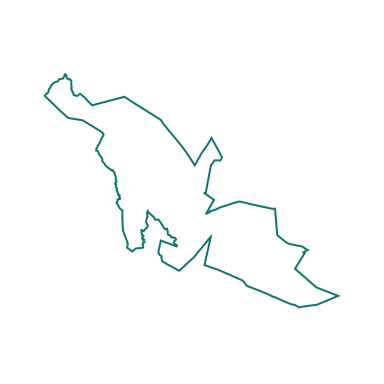 outline of San Lucas, Chiapas, Mexico, rotated 7°
{"feature_id": "50627088B14023395668353", "entity_name": "San Lucas", "entity_type": "district", "adm_level": 2, "iso_a3": "MEX", "parent_name": "Mexico", "parent_adm1": "Chiapas", "projection": "robinson", "projection_center": [-92.743, 16.628], "detail": "fine", "context": "isolated", "style": "outline", "palette": "teal", "viewbox_px": 384, "rotation_deg": 7, "n_neighbors": 0, "source": "geoboundaries", "source_scale": "gbopen_adm2", "svg_char_len": 5926}
<svg xmlns="http://www.w3.org/2000/svg" viewBox="0 0 384 384"><g transform="rotate(7 192 192)"><path d="M258.1,278.5L264.4,280.1L269.6,281.4L270.4,281.7L271.7,282.0L274.9,282.9L279.0,283.9L285.5,286.2L287.2,286.3L293.0,288.2L302.4,290.9L305.2,291.4L308.2,291.7L311.4,293.0L312.0,293.4L325.6,289.7L329.5,288.8L349.8,277.3L327.0,271.5L303.6,255.6L311.3,238.9L309.9,238.2L313.9,235.4L311.5,234.5L308.2,232.7L294.8,231.7L291.4,230.4L288.3,228.5L281.9,224.4L276.4,198.4L273.9,198.9L251.9,196.9L240.4,195.6L235.0,197.7L222.4,203.6L220.9,204.4L218.3,206.2L217.2,206.8L212.2,209.0L212.3,209.8L209.3,211.4L208.8,211.5L214.8,197.1L204.5,191.6L205.8,190.6L207.5,163.6L210.5,157.9L213.5,157.4L216.0,157.4L216.9,156.1L217.6,153.9L210.6,144.0L204.8,136.0L201.0,144.7L199.6,146.9L197.4,151.3L196.1,153.7L195.3,156.3L193.9,158.8L192.7,162.7L191.3,165.1L188.9,162.1L180.7,152.4L174.4,145.9L162.1,134.4L154.7,127.3L152.7,124.5L150.5,123.4L124.3,111.1L113.8,106.0L113.4,105.7L82.4,118.1L79.0,115.6L74.5,111.7L69.0,108.1L66.5,110.5L66.1,110.7L65.8,110.7L64.9,110.3L63.5,110.3L63.3,110.2L62.6,110.0L62.4,109.8L62.4,109.4L62.3,109.1L62.3,108.7L62.2,108.3L61.8,107.7L61.2,107.4L61.1,106.7L60.9,106.3L60.4,105.8L60.0,105.1L59.6,104.0L59.8,102.5L59.3,101.0L59.0,99.6L58.7,96.8L58.4,96.1L58.0,95.7L57.5,95.3L56.7,94.8L56.4,95.2L56.1,95.3L55.5,95.1L55.3,94.7L55.1,94.6L54.5,94.6L53.7,94.0L53.3,92.5L52.5,90.8L52.0,90.6L51.6,90.6L51.4,90.8L51.3,91.0L51.2,91.4L51.3,91.8L51.3,92.3L51.0,92.8L50.8,93.3L50.6,93.6L50.6,94.3L50.3,94.8L49.9,95.2L49.5,95.3L49.3,95.4L48.1,95.7L47.4,95.8L46.8,96.1L46.1,96.6L45.6,98.2L45.2,98.8L44.0,99.1L43.5,99.3L42.2,100.1L41.9,100.6L41.1,101.1L40.7,101.2L40.4,101.4L40.2,101.8L40.1,102.3L39.7,103.0L39.3,103.3L38.9,104.1L38.9,104.6L38.8,105.4L37.9,106.6L37.7,107.2L37.4,108.1L37.3,108.7L37.3,110.4L37.0,110.8L36.8,111.2L36.2,111.6L36.1,111.8L35.6,112.0L35.4,112.3L35.1,112.6L34.6,113.5L34.4,114.0L34.2,114.3L34.3,114.7L39.5,118.5L50.7,127.1L60.1,133.6L74.9,134.2L94.7,143.3L97.2,145.3L97.0,146.8L96.5,147.9L96.4,148.3L96.0,149.4L95.7,150.0L95.4,150.5L95.3,150.9L95.2,152.0L94.8,152.9L94.6,153.3L94.3,154.3L94.2,155.2L93.7,156.4L93.3,156.8L92.8,157.4L92.6,158.4L92.6,158.9L92.4,159.5L92.2,160.1L91.8,160.6L91.8,161.7L92.0,162.6L92.6,162.5L93.2,162.7L93.6,162.9L94.0,163.3L94.2,163.8L94.6,164.9L94.6,165.3L95.3,166.0L95.8,166.4L96.2,166.9L97.9,168.6L98.1,169.1L98.5,169.7L98.8,170.0L99.1,170.4L99.0,170.9L98.9,171.2L98.9,171.5L99.1,171.8L99.4,172.2L99.8,173.1L100.2,173.4L101.1,173.9L101.3,174.2L101.9,174.8L102.2,175.1L102.5,175.7L103.2,176.3L104.1,177.1L105.0,177.9L105.5,178.1L106.6,178.5L107.5,179.0L108.2,179.3L108.9,180.1L109.5,180.5L109.8,180.4L110.0,180.3L110.1,180.0L110.5,179.9L110.7,180.1L111.0,180.7L111.1,181.0L111.9,181.4L112.5,181.9L112.9,183.0L112.9,183.5L113.1,184.0L113.6,184.9L114.2,185.5L114.6,186.9L114.8,187.8L114.6,188.1L114.6,188.6L114.8,189.1L115.3,189.4L115.7,190.8L115.7,191.4L115.5,191.8L115.1,192.1L114.9,192.2L114.6,192.4L114.6,192.9L114.7,193.2L114.9,193.5L115.6,193.9L115.8,194.3L115.7,196.1L116.0,196.5L116.9,197.3L117.1,197.6L117.2,198.1L117.0,198.8L116.9,199.1L116.9,199.6L117.0,199.8L117.5,200.0L117.9,200.2L118.0,200.5L118.2,201.1L118.2,201.6L118.9,202.9L118.8,203.2L118.9,203.7L119.2,203.9L120.2,203.8L120.6,204.0L120.7,204.3L120.7,204.6L120.6,204.8L120.4,205.0L120.3,205.4L120.4,206.0L121.3,206.7L121.5,207.1L121.4,207.4L121.2,207.6L121.0,207.8L120.4,208.0L119.7,208.1L119.3,208.4L119.1,208.6L119.0,208.9L119.0,209.5L119.3,210.6L119.1,211.1L118.4,211.5L118.5,212.0L118.8,212.5L119.0,212.7L122.3,217.0L125.2,219.1L126.1,227.3L128.3,238.8L134.6,251.0L134.5,253.5L134.4,253.9L134.4,254.6L134.5,255.2L139.9,258.4L142.7,255.4L143.3,254.8L149.9,253.4L150.2,252.8L150.3,252.2L149.7,251.0L149.4,249.3L149.4,248.9L149.6,248.5L149.8,248.1L150.6,247.8L151.0,247.8L151.1,247.4L150.9,247.1L150.1,246.7L149.7,246.2L149.7,245.7L150.0,245.4L150.3,245.1L150.2,244.9L149.8,244.6L149.4,244.5L148.9,244.5L148.6,244.5L148.1,244.3L148.1,243.8L148.2,243.3L148.4,242.6L148.8,242.3L149.2,241.9L149.1,241.4L148.7,241.1L148.3,241.1L147.8,240.9L147.5,240.3L147.2,239.7L146.9,238.3L146.7,237.1L146.5,236.6L146.3,236.0L146.6,235.9L147.2,236.3L148.5,236.7L149.0,236.5L149.3,236.0L149.5,235.5L149.7,234.9L150.0,234.5L150.3,234.3L150.7,234.1L150.9,233.8L151.0,233.2L152.0,232.4L152.1,232.2L152.2,231.1L152.2,230.4L152.1,230.1L151.8,229.7L151.3,229.4L150.9,228.7L150.2,227.7L150.0,227.2L150.3,223.9L150.7,222.5L150.9,222.0L150.7,221.7L150.3,218.8L150.1,218.4L149.9,218.0L150.4,216.4L150.5,216.6L150.7,216.9L151.1,217.4L152.0,217.9L152.6,218.5L153.7,219.2L153.9,219.4L154.6,219.8L157.4,221.8L158.0,223.1L158.5,223.6L158.9,223.8L159.1,224.1L159.4,224.0L159.9,223.7L160.7,223.5L160.8,223.6L161.4,223.5L162.1,223.6L162.6,223.9L162.9,224.3L163.2,224.7L163.8,225.4L164.4,225.9L169.6,232.2L171.2,231.8L171.7,231.6L171.7,231.9L171.9,232.5L172.3,232.9L172.6,233.5L172.8,235.2L172.9,235.6L173.1,236.3L173.5,237.1L174.0,237.6L174.8,237.6L175.2,237.7L176.3,238.2L176.5,238.7L176.6,239.1L176.8,239.5L177.4,239.6L178.6,239.3L179.2,239.3L180.8,239.8L181.3,240.1L181.6,240.4L181.9,241.1L181.7,241.6L181.1,242.1L180.6,242.6L180.3,243.2L180.2,243.5L180.2,244.3L180.6,245.0L181.3,245.6L182.7,246.2L183.2,246.5L183.5,246.9L183.5,247.2L183.3,247.9L167.0,244.0L165.9,256.1L166.5,257.1L167.2,257.7L167.5,258.4L169.4,259.1L169.7,259.5L169.8,260.1L169.7,260.4L169.6,261.0L169.8,261.1L170.0,261.6L170.1,262.3L170.8,264.3L175.7,266.5L177.2,267.2L182.1,269.0L186.1,270.6L186.8,271.0L189.0,271.7L192.1,268.1L195.9,263.4L200.1,258.5L201.4,257.2L202.9,254.9L205.5,250.7L208.6,246.0L209.3,244.8L211.4,241.6L212.0,240.5L213.5,238.1L215.5,235.0L216.0,234.3L215.9,235.7L215.4,241.7L215.1,244.7L214.9,246.8L214.2,253.5L213.3,263.0L226.2,265.8L228.6,266.4L230.6,266.9L232.6,267.5L235.0,268.3L237.5,269.0L239.2,269.5L239.7,269.5L241.8,270.3L252.4,273.5L253.6,274.2L256.2,276.7L258.0,278.4L258.1,278.5Z" fill="none" stroke="#0f766e" stroke-width="2"/></g></svg>